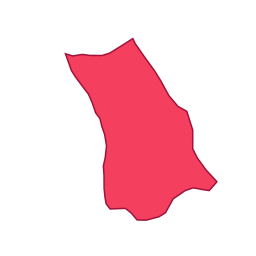 outline of Psyllatos, Cyprus, rotated 328°
{"feature_id": "46923920B47767845876682", "entity_name": "Psyllatos", "entity_type": "district", "adm_level": 2, "iso_a3": "CYP", "parent_name": "Cyprus", "parent_adm1": "", "projection": "mercator", "projection_center": [33.687, 35.249], "detail": "fine", "context": "isolated", "style": "filled", "palette": "rose", "viewbox_px": 256, "rotation_deg": 328, "n_neighbors": 0, "source": "geoboundaries", "source_scale": "gbopen_adm2", "svg_char_len": 741}
<svg xmlns="http://www.w3.org/2000/svg" viewBox="0 0 256 256"><g transform="rotate(328 128 128)"><path d="M179.5,54.7L166.9,54.8L152.3,54.8L144.7,52.9L134.5,46.5L128.2,41.4L119.3,37.6L114.3,31.9L110.5,49.1L110.5,56.7L111.7,71.3L112.4,78.3L111.1,87.3L108.6,98.1L109.2,105.1L106.7,112.7L104.8,121.0L100.3,131.8L92.7,141.4L87.0,147.1L82.6,155.4L75.6,166.8L71.8,174.5L69.3,180.8L69.9,187.2L75.6,190.4L83.2,194.8L85.7,201.8L87.0,210.8L94.6,215.8L107.3,219.7L114.9,219.7L128.8,212.0L143.4,211.4L151.6,213.3L158.6,219.7L163.7,224.1L174.9,220.7L171.9,204.7L170.9,189.8L171.9,179.9L181.8,164.0L186.7,145.1L181.8,136.1L179.8,122.2L180.8,105.3L180.8,93.3L179.8,79.4L178.8,60.5L179.5,54.7Z" fill="#f43f5e" stroke="#9f1239" stroke-width="1.5"/></g></svg>